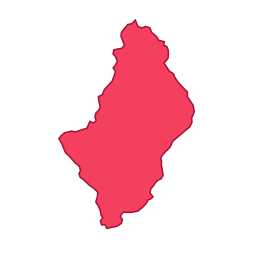 the district of Califórnia, Paraná, Brazil, rotated 299°
{"feature_id": "56859067B16760684583143", "entity_name": "Califórnia", "entity_type": "district", "adm_level": 2, "iso_a3": "BRA", "parent_name": "Brazil", "parent_adm1": "Paraná", "projection": "albers", "projection_center": [-51.334, -23.667], "detail": "fine", "context": "isolated", "style": "filled", "palette": "rose", "viewbox_px": 256, "rotation_deg": 299, "n_neighbors": 0, "source": "geoboundaries", "source_scale": "gbopen_adm2", "svg_char_len": 1617}
<svg xmlns="http://www.w3.org/2000/svg" viewBox="0 0 256 256"><g transform="rotate(299 128 128)"><path d="M36.5,165.8L41.2,168.4L45.2,167.6L47.1,163.8L52.1,164.7L54.0,168.6L56.4,172.6L60.2,177.0L66.4,179.4L71.3,180.6L74.5,180.3L77.2,182.4L80.0,183.2L81.8,178.9L85.8,177.4L89.9,178.3L93.2,178.5L96.7,179.3L99.3,181.5L103.6,181.7L108.2,178.1L112.0,175.0L115.3,173.4L117.5,171.2L120.7,171.2L125.2,172.2L128.0,173.1L131.8,174.1L138.3,173.6L151.8,178.7L159.0,181.5L163.9,181.2L167.9,178.7L171.7,178.5L174.6,177.9L179.5,173.9L181.4,170.0L184.3,164.6L188.3,162.6L189.3,158.8L191.2,152.8L192.6,149.0L195.0,144.4L197.5,141.4L197.8,136.6L200.3,131.8L202.1,128.1L208.2,129.2L212.0,127.7L215.6,125.5L218.1,122.4L217.7,119.0L221.1,118.0L219.6,112.4L221.6,109.1L222.5,105.5L223.0,102.4L226.2,98.6L225.4,94.2L222.4,91.8L221.5,87.6L225.9,82.1L221.0,80.7L218.4,77.6L212.3,76.5L208.3,75.9L204.8,77.4L202.8,79.9L200.8,82.2L198.9,84.7L194.8,84.0L192.3,80.9L189.5,77.7L185.5,79.0L184.3,82.6L181.1,86.4L176.7,86.5L173.4,85.8L171.2,89.7L166.3,90.7L161.6,91.4L155.3,90.0L151.8,89.0L148.7,88.8L144.7,89.4L141.1,86.9L138.5,88.6L135.1,91.5L132.8,93.6L129.3,93.8L125.5,92.6L121.4,93.9L119.0,96.6L115.6,95.3L115.4,91.4L112.4,91.7L108.0,92.2L103.8,88.2L99.2,84.0L97.9,80.1L93.0,74.8L88.6,73.2L85.1,72.8L82.1,77.9L79.2,81.4L76.3,85.0L75.0,89.8L73.4,94.4L71.8,99.3L70.7,104.4L67.5,107.2L64.3,107.2L61.7,110.1L61.1,114.8L59.3,121.4L58.5,128.1L57.1,132.7L53.2,134.5L47.7,135.7L45.3,140.1L41.7,144.4L38.8,146.6L37.4,149.3L33.2,149.0L30.4,152.1L32.5,154.8L29.8,158.1L33.8,162.5L36.5,165.8Z" fill="#f43f5e" stroke="#9f1239" stroke-width="1.5"/></g></svg>